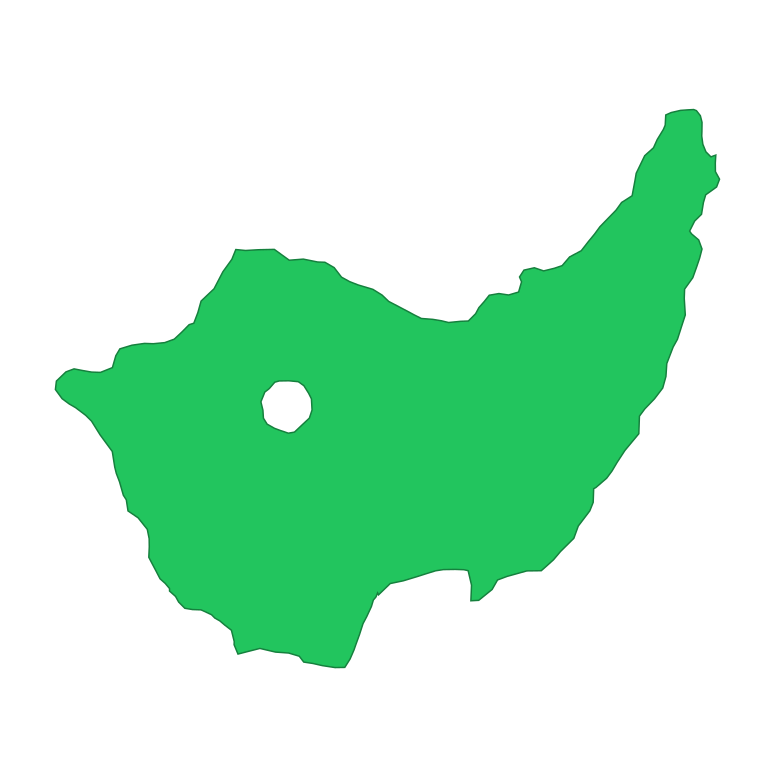 Shaki District, Şəki, Azerbaijan, rotated 272°
{"feature_id": "54616110B25010354244926", "entity_name": "Shaki District", "entity_type": "district", "adm_level": 2, "iso_a3": "AZE", "parent_name": "Azerbaijan", "parent_adm1": "Şəki", "projection": "orthographic", "projection_center": [47.215, 41.108], "detail": "fine", "context": "isolated", "style": "filled", "palette": "green", "viewbox_px": 768, "rotation_deg": 272, "n_neighbors": 0, "source": "geoboundaries", "source_scale": "gbopen_adm2", "svg_char_len": 3074}
<svg xmlns="http://www.w3.org/2000/svg" viewBox="0 0 768 768"><g transform="rotate(272 384 384)"><path d="M662.7,656.2L652.5,656.0L648.1,654.3L637.8,648.5L629.5,645.1L621.3,636.6L603.4,628.7L595.9,627.7L580.8,625.4L573.7,615.1L565.8,609.8L558.3,603.0L548.7,594.3L541.2,589.2L533.5,583.3L524.1,576.5L517.5,565.1L508.5,557.9L505.6,550.2L502.6,539.6L505.4,530.2L502.7,519.9L495.7,515.7L490.9,517.9L480.6,515.3L477.3,505.4L478.4,495.7L476.4,486.1L469.9,481.3L463.7,476.2L457.4,473.1L449.9,466.1L449.3,458.2L447.7,446.4L449.2,439.1L450.3,430.6L450.8,419.0L454.2,411.6L456.0,408.0L461.0,397.7L466.7,385.8L472.8,379.0L478.2,369.6L482.1,354.7L482.3,354.1L485.1,346.1L489.3,337.8L498.6,330.1L503.6,320.7L503.6,313.5L506.0,299.0L504.4,285.0L510.3,276.2L514.7,269.7L513.8,253.9L512.6,241.0L513.2,231.3L513.2,231.2L503.3,227.6L490.6,219.1L473.2,210.8L460.5,198.3L448.9,195.5L438.1,191.8L436.5,187.2L428.9,180.2L421.5,172.8L417.7,163.4L416.2,152.0L416.2,143.2L414.0,130.8L409.9,118.8L402.9,115.0L390.9,112.0L385.7,100.2L385.7,91.4L387.0,82.0L388.3,73.7L385.0,65.7L375.5,56.5L374.5,56.4L367.0,55.8L358.1,62.8L353.0,70.2L349.6,76.6L342.2,87.1L336.7,93.0L323.2,102.1L317.1,106.9L307.1,114.8L291.6,117.8L285.3,119.6L277.0,123.1L263.7,127.4L259.3,130.5L248.2,132.6L241.7,142.9L230.5,152.5L221.2,154.7L213.1,155.1L202.6,155.0L198.0,157.6L190.0,162.2L181.5,167.0L177.1,172.3L172.1,176.8L169.6,176.9L164.4,183.1L158.9,186.4L152.9,192.8L151.9,200.5L151.9,209.0L147.4,219.7L144.1,223.2L141.6,228.1L137.4,233.4L132.6,240.1L121.4,243.3L118.2,243.3L109.0,247.5L111.5,255.9L115.4,269.2L112.3,284.9L111.8,298.1L109.0,308.8L103.3,313.5L102.2,322.8L100.4,332.2L98.9,345.0L99.4,354.7L108.0,359.7L117.2,363.3L122.7,365.0L132.9,368.3L143.8,371.4L151.0,374.9L161.2,379.2L167.7,380.9L170.9,383.4L175.0,384.9L173.1,385.9L184.8,397.2L188.0,410.2L192.9,424.5L195.6,432.0L199.1,442.0L200.6,449.8L201.2,461.7L201.2,470.3L200.4,474.6L186.0,478.5L170.4,478.4L171.1,486.2L182.4,499.2L192.1,504.3L196.0,513.7L202.2,533.3L202.9,547.7L204.4,549.3L208.6,553.7L214.2,559.5L222.7,566.2L236.4,579.1L248.8,583.1L264.4,594.1L273.0,597.2L286.7,597.2L287.8,599.2L297.6,609.8L305.0,614.9L313.6,619.6L326.0,627.1L336.6,635.3L343.2,640.4L360.8,640.4L368.2,645.5L378.7,654.9L389.7,662.7L401.4,665.5L414.3,665.9L431.1,671.7L438.9,675.7L449.1,678.6L451.3,679.2L463.5,682.7L479.9,681.1L489.3,681.1L501.0,688.9L512.0,692.4L521.0,695.1L530.0,697.1L538.9,693.5L544.8,686.1L547.5,684.1L557.7,688.8L564.7,695.4L576.5,696.9L584.3,698.9L592.5,709.5L600.4,712.2L607.8,707.8L616.4,707.4L624.4,707.6L623.4,705.2L622.4,702.8L627.3,697.6L634.7,694.3L642.9,692.9L647.5,692.9L652.3,692.8L656.6,692.7L663.2,690.8L668.1,686.7L669.1,683.9L668.5,677.3L667.8,670.8L665.3,661.5L662.7,656.2ZM372.3,308.9L366.6,312.0L355.5,313.0L347.3,310.6L340.3,303.6L334.9,298.3L332.8,296.2L331.5,290.1L333.2,284.6L333.8,282.4L335.9,276.1L339.8,268.6L345.6,264.7L353.6,263.9L361.9,261.6L369.9,264.5L371.7,265.1L375.4,269.5L382.0,274.8L383.4,279.2L383.9,288.8L383.3,298.3L379.5,304.0L373.0,308.4L372.3,308.9Z" fill="#22c55e" stroke="#15803d" stroke-width="1.5"/></g></svg>